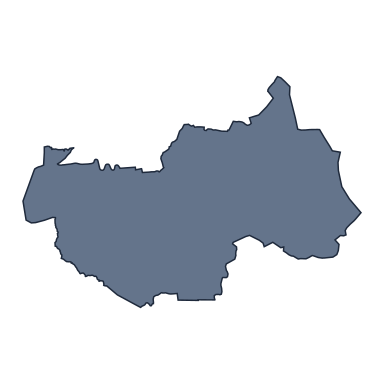 Domnesti, Arges, Romania
{"feature_id": "2599482B99518216474378", "entity_name": "Domnesti", "entity_type": "district", "adm_level": 2, "iso_a3": "ROU", "parent_name": "Romania", "parent_adm1": "Arges", "projection": "natural_earth1", "projection_center": [24.832, 45.212], "detail": "fine", "context": "isolated", "style": "filled", "palette": "slate", "viewbox_px": 384, "rotation_deg": 0, "n_neighbors": 0, "source": "geoboundaries", "source_scale": "gbopen_adm2", "svg_char_len": 5475}
<svg xmlns="http://www.w3.org/2000/svg" viewBox="0 0 384 384"><path d="M338.3,250.6L339.0,244.4L335.0,239.9L340.4,235.5L343.7,235.8L346.0,234.9L345.2,230.5L346.8,227.7L350.4,224.0L353.9,220.9L355.4,219.3L361.0,212.7L349.4,199.0L341.8,186.7L338.4,170.6L338.0,162.4L340.3,152.2L332.3,150.8L329.8,146.4L324.1,137.3L319.6,129.6L317.5,129.5L309.8,129.6L305.5,130.0L301.2,130.1L297.8,129.2L297.7,129.2L295.3,117.9L289.5,94.8L289.9,86.7L284.8,81.5L280.8,77.8L277.5,76.6L275.0,80.4L274.5,81.8L271.9,84.5L269.2,87.6L268.0,89.6L267.8,91.3L268.1,91.5L273.3,98.2L266.6,106.9L258.7,115.0L249.4,117.8L251.2,123.3L250.5,124.0L249.7,124.6L249.1,124.9L248.5,125.1L247.6,125.3L246.6,125.0L245.5,124.3L244.5,123.6L244.0,123.0L242.3,122.1L241.1,121.8L238.9,121.5L236.7,121.8L233.3,121.3L229.1,129.9L229.0,130.0L228.0,130.1L227.9,130.1L227.5,131.3L221.8,131.2L215.7,129.9L213.2,130.0L211.1,129.1L208.8,129.0L208.1,128.9L207.0,129.6L206.3,130.5L206.2,130.5L204.7,130.3L204.0,129.5L204.2,127.2L202.4,127.0L200.3,126.9L197.0,126.9L194.7,127.2L193.4,125.4L192.1,125.9L191.5,126.1L191.4,126.1L189.6,125.1L188.4,124.2L187.6,124.4L184.2,124.6L183.3,126.2L182.3,128.4L179.6,131.2L176.8,139.5L175.6,140.4L174.6,141.4L172.4,142.2L171.5,143.3L170.6,146.3L169.2,146.8L169.1,148.2L168.8,149.0L168.7,149.0L168.1,149.6L164.3,152.2L163.2,152.5L162.7,153.8L162.2,155.1L161.2,156.3L160.9,158.7L161.8,161.4L162.3,162.8L163.3,166.9L163.8,167.7L161.9,169.5L160.7,170.4L159.9,171.4L159.6,171.7L159.5,171.8L158.8,171.7L158.2,171.1L157.5,171.0L156.4,171.0L154.9,171.7L153.3,171.8L151.6,171.8L149.0,172.1L142.4,172.5L141.6,168.8L141.5,168.7L135.6,169.8L135.6,169.7L135.3,167.2L120.1,168.3L120.1,168.2L118.3,165.7L117.7,165.2L116.8,165.0L116.0,165.2L115.2,165.7L114.9,166.7L114.6,168.1L114.4,169.1L114.0,169.7L113.4,170.1L112.5,170.1L111.9,169.8L111.0,168.8L109.7,165.8L109.2,164.9L108.6,164.3L107.8,164.2L107.2,164.2L106.6,164.3L105.8,164.8L105.2,166.0L104.1,169.1L103.4,169.9L103.3,170.0L102.3,170.3L102.2,170.3L101.2,170.1L100.2,169.5L99.7,168.4L98.0,161.2L97.8,160.6L97.5,160.0L97.1,159.7L96.8,159.5L96.3,159.4L95.9,159.4L95.5,159.4L94.9,159.8L94.5,160.4L93.8,162.4L93.1,163.0L91.8,163.5L88.1,164.0L82.2,164.3L80.4,164.2L76.7,163.3L75.2,163.2L73.8,163.4L71.0,164.0L66.3,164.5L64.2,164.8L62.4,164.9L61.2,165.2L60.0,165.1L59.3,165.0L58.7,164.8L58.0,164.5L57.5,164.0L57.5,163.9L59.8,162.6L61.8,160.9L65.1,158.3L67.4,155.3L70.3,152.4L71.3,150.0L72.7,148.6L73.4,148.3L73.6,148.1L73.6,147.8L69.9,148.3L69.2,149.2L68.5,149.5L68.1,150.1L67.7,150.0L66.8,149.3L66.1,149.0L65.2,149.0L64.7,149.2L64.4,149.7L64.4,150.7L64.3,150.9L64.2,150.9L63.9,150.8L63.7,150.0L63.3,149.6L63.2,149.5L62.6,149.5L60.8,149.7L58.1,149.7L55.6,149.0L54.3,149.2L53.4,149.0L52.5,149.3L51.8,149.4L51.7,149.0L51.7,148.9L51.9,148.3L51.9,148.2L51.4,147.5L51.3,147.4L51.0,147.4L50.4,147.7L49.4,146.5L47.9,146.3L47.3,146.3L44.3,147.0L44.3,152.8L43.6,165.1L40.6,166.4L38.5,166.9L36.6,167.8L34.8,168.9L34.0,170.7L23.0,201.1L26.1,220.1L31.3,222.9L35.6,222.6L44.6,220.2L52.5,217.4L55.4,217.6L55.4,218.9L55.0,219.4L55.1,223.3L55.5,224.1L55.3,225.0L55.9,226.5L55.8,227.1L56.0,227.7L56.8,228.7L57.2,229.9L57.2,231.2L58.1,232.1L58.0,233.0L57.4,233.6L57.6,234.4L57.6,235.3L58.0,236.6L57.8,237.4L57.1,238.1L56.4,239.8L56.2,241.4L55.0,242.6L55.2,246.2L56.5,246.5L57.6,248.5L58.6,248.8L60.0,250.4L60.0,251.4L60.5,252.3L60.7,253.8L61.8,254.9L61.8,256.5L61.3,258.4L63.5,259.2L65.4,260.8L66.6,261.6L68.6,261.8L70.8,261.8L71.0,262.5L71.1,262.9L71.3,263.1L71.8,263.1L71.9,262.9L72.2,262.9L72.5,263.6L73.6,264.3L74.2,264.6L74.5,265.0L74.8,265.4L75.8,267.0L76.6,267.9L77.3,269.5L77.9,270.5L79.0,271.7L80.0,273.5L80.4,273.7L80.9,273.5L82.0,273.1L82.7,273.1L83.3,273.1L83.8,273.4L85.2,275.1L85.4,275.5L85.4,276.0L85.4,276.4L85.7,276.5L86.5,276.2L86.9,276.1L87.4,275.6L88.0,275.4L88.5,275.4L89.2,275.5L90.1,275.6L91.2,275.3L92.0,275.3L92.6,275.3L93.6,275.7L93.9,276.0L94.2,276.3L94.4,276.3L94.8,276.4L95.3,276.2L95.9,276.3L96.3,276.5L96.4,276.9L96.7,277.3L97.0,277.7L97.1,278.8L97.7,279.5L98.2,279.9L99.0,280.0L99.2,280.3L99.1,280.7L99.0,281.1L99.4,281.2L99.8,281.1L100.6,280.7L100.9,280.7L101.7,280.9L102.6,281.0L103.3,281.4L103.9,284.2L103.7,285.3L104.2,285.6L105.7,285.9L106.7,285.9L109.3,288.1L117.4,294.9L138.3,306.2L140.6,307.4L142.0,306.2L144.0,305.3L145.0,304.6L145.5,303.7L146.2,302.9L147.5,302.8L149.4,304.4L149.9,305.2L150.1,305.6L150.6,305.8L151.0,305.8L151.3,305.7L151.5,305.5L151.7,305.0L152.2,304.1L152.8,303.5L153.4,303.6L153.5,302.7L153.2,299.4L153.7,296.8L155.0,295.9L156.0,295.4L157.8,295.1L158.4,294.8L161.3,292.8L161.6,292.7L162.0,292.7L162.5,293.0L164.1,293.0L165.5,292.8L168.9,293.8L170.8,294.0L173.7,293.8L177.2,293.5L178.1,300.1L198.2,300.4L198.1,299.8L214.8,299.9L214.9,299.6L214.3,297.8L214.3,295.6L215.9,294.5L216.0,294.5L218.5,294.4L219.9,294.7L220.0,294.7L221.3,294.2L221.9,291.7L221.6,288.2L220.9,285.4L220.9,283.6L222.3,278.0L222.9,277.5L223.0,277.5L226.2,277.6L226.3,277.6L227.5,276.7L228.0,274.0L228.0,273.9L227.2,271.7L226.4,270.5L225.5,266.4L226.3,263.9L234.7,259.2L234.8,259.1L235.9,255.4L235.7,253.8L236.0,251.0L236.7,249.6L236.5,246.9L232.6,243.8L233.1,242.4L245.8,236.5L249.6,235.4L259.4,240.3L263.1,243.1L264.2,246.7L272.8,242.3L280.8,247.7L283.7,247.0L283.5,251.0L286.4,252.8L288.8,254.7L291.3,255.9L293.5,256.2L295.1,257.2L298.2,259.0L300.7,258.6L306.0,258.8L309.0,257.4L312.2,255.5L313.7,255.9L318.2,257.5L322.3,258.1L323.5,258.0L324.2,258.0L332.9,257.1L336.8,254.6L338.3,250.6Z" fill="#64748b" stroke="#1e293b" stroke-width="1.5"/></svg>